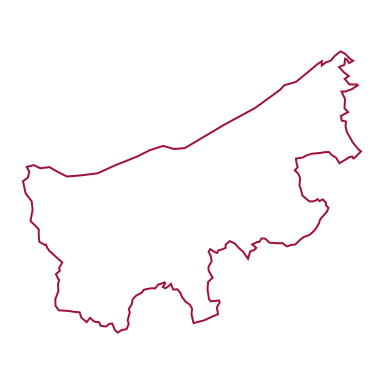 the district of Polis, Paphos, Cyprus
{"feature_id": "46923920B35140405744722", "entity_name": "Polis", "entity_type": "district", "adm_level": 2, "iso_a3": "CYP", "parent_name": "Cyprus", "parent_adm1": "Paphos", "projection": "orthographic", "projection_center": [32.436, 35.036], "detail": "fine", "context": "isolated", "style": "outline", "palette": "rose", "viewbox_px": 384, "rotation_deg": 0, "n_neighbors": 0, "source": "geoboundaries", "source_scale": "gbopen_adm2", "svg_char_len": 2679}
<svg xmlns="http://www.w3.org/2000/svg" viewBox="0 0 384 384"><path d="M321.8,61.2L317.5,64.1L308.1,72.0L296.0,81.9L284.3,85.2L280.1,89.8L254.9,108.1L223.4,125.2L184.8,148.1L174.1,149.0L163.2,145.9L149.8,150.2L137.0,156.6L114.7,165.5L97.6,173.3L80.6,175.4L67.0,176.5L57.9,172.0L49.4,167.1L40.3,168.3L33.7,165.1L26.7,166.9L26.9,167.4L29.3,171.6L28.0,177.5L23.0,181.2L25.6,193.2L31.7,201.4L32.6,209.9L30.5,221.0L38.7,229.2L38.8,237.5L39.4,241.9L45.1,245.1L45.9,244.6L47.3,247.9L49.3,250.8L52.9,254.0L56.4,257.3L62.2,262.4L60.8,265.1L59.0,268.1L59.9,270.7L55.9,274.2L58.0,278.4L59.2,280.1L58.0,284.1L58.4,291.2L55.3,299.3L55.5,305.6L56.0,306.4L58.8,310.3L69.1,311.0L74.0,311.8L79.6,312.3L81.4,317.7L86.7,322.1L90.1,317.8L94.3,321.7L99.0,322.1L100.6,325.7L106.2,326.5L109.2,323.9L112.2,323.5L114.9,330.0L117.6,332.6L122.1,329.9L125.3,329.4L126.5,329.2L128.7,324.1L127.7,320.2L129.8,312.3L128.8,308.9L131.8,304.2L132.6,299.5L136.0,295.7L139.8,293.7L141.9,292.5L143.9,289.7L150.7,288.3L155.3,288.3L158.1,284.7L164.7,282.4L165.2,283.3L162.8,287.1L165.5,288.3L169.2,285.7L170.9,283.9L173.2,289.5L177.3,289.3L180.4,292.8L181.8,296.6L185.3,301.4L189.8,304.7L192.1,308.7L191.5,314.2L193.6,323.1L204.3,320.3L212.5,316.5L218.0,314.2L216.9,307.4L219.7,302.3L219.0,300.5L210.7,301.3L209.0,299.2L207.5,289.2L208.1,282.0L212.6,277.8L208.6,270.6L208.5,267.0L210.1,263.9L211.7,261.1L210.7,256.0L208.6,251.7L210.2,249.1L214.9,252.1L217.0,253.0L218.5,250.3L221.8,249.5L225.7,247.8L225.6,244.7L229.7,241.1L234.7,243.5L239.1,248.2L242.7,251.3L248.0,258.8L250.3,251.3L254.2,250.0L256.3,247.8L252.2,244.5L257.4,242.0L259.2,242.0L261.6,238.4L265.3,238.7L269.4,242.7L277.5,243.3L282.4,243.1L286.9,246.4L287.4,246.3L290.9,245.0L295.4,244.4L298.6,241.3L300.1,239.8L303.5,237.1L309.4,235.0L312.6,232.2L315.7,228.9L319.0,223.3L319.9,220.0L321.3,218.0L326.9,211.8L328.5,207.8L326.2,205.6L325.9,202.8L322.7,199.3L319.6,201.1L317.3,199.1L315.8,200.5L313.5,201.3L309.4,201.4L302.5,195.7L300.6,188.5L299.5,185.3L300.1,178.1L298.3,173.7L294.8,170.4L297.7,167.2L296.5,162.9L295.9,158.6L302.4,157.6L306.4,155.5L311.6,153.7L320.0,153.0L325.2,152.1L328.9,152.0L331.7,155.0L336.0,157.6L339.5,163.3L349.5,157.1L352.3,156.6L353.1,158.3L353.7,158.4L354.0,158.4L361.0,151.4L358.9,149.9L352.7,142.4L350.4,138.2L347.0,132.2L345.5,126.1L345.9,123.9L345.8,121.4L341.8,120.6L340.8,116.0L348.1,112.1L344.5,108.3L345.0,98.9L341.5,91.5L345.4,91.5L351.6,89.3L357.8,85.3L357.1,84.5L349.4,84.4L344.7,78.8L348.8,76.1L343.4,71.9L339.1,67.0L344.4,64.8L345.1,58.7L346.9,59.5L349.0,63.1L353.1,60.8L350.0,58.7L345.1,53.8L340.5,51.4L334.7,56.0L330.7,60.7L325.6,62.5L321.8,65.5L321.8,61.2Z" fill="none" stroke="#9f1239" stroke-width="2"/></svg>